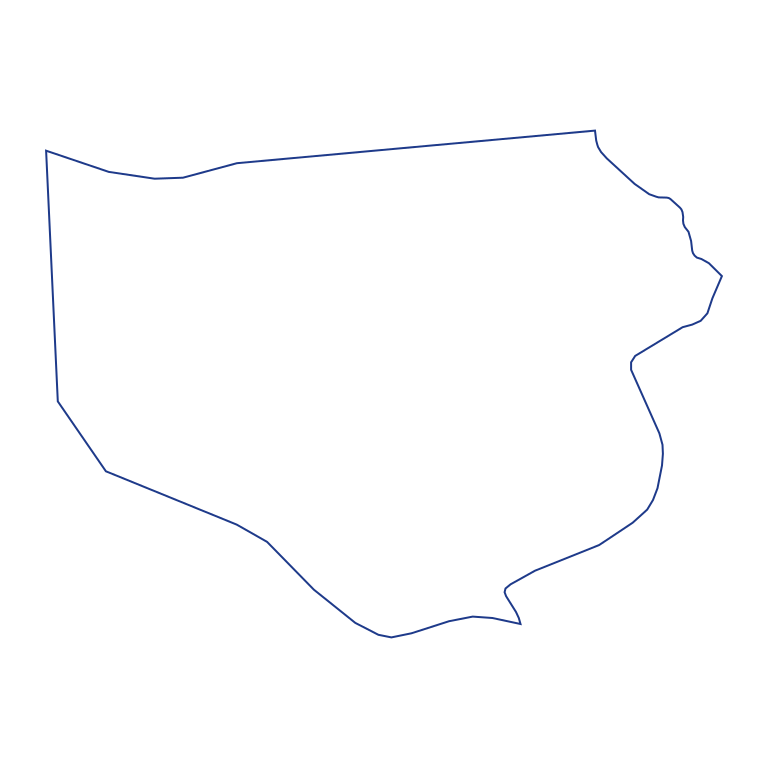 SVG path tracing the border of Enga
{"feature_id": "PNG-1238", "entity_name": "Enga", "entity_type": "Province", "adm_level": 1, "iso_a3": "PNG", "parent_name": "Papua New Guinea", "parent_adm1": "", "projection": "robinson", "projection_center": [143.878, -5.472], "detail": "fine", "context": "isolated", "style": "outline", "palette": "blue", "viewbox_px": 768, "rotation_deg": 0, "n_neighbors": 0, "source": "natural_earth", "source_scale": "10m", "svg_char_len": 989}
<svg xmlns="http://www.w3.org/2000/svg" viewBox="0 0 768 768"><path d="M595.0,130.6L596.2,140.5L597.3,144.7L598.1,147.1L601.1,152.1L606.8,158.4L634.6,183.9L649.2,194.2L656.2,196.7L658.7,197.4L666.7,197.6L668.7,198.0L670.4,199.0L680.0,207.7L681.4,209.4L682.5,212.1L683.2,217.0L683.0,220.4L683.4,223.8L684.8,227.1L688.5,231.8L691.1,241.0L692.2,250.6L693.0,253.2L694.6,255.6L696.9,257.6L701.4,259.0L708.9,263.2L721.9,276.1L712.4,298.3L707.4,313.3L700.7,320.8L692.2,324.6L682.6,327.2L635.2,355.9L631.1,362.3L631.1,369.8L659.4,433.4L662.5,444.8L662.9,453.8L662.0,465.5L657.5,488.2L653.0,500.0L647.2,509.6L632.7,522.7L599.2,545.0L535.0,570.7L510.6,584.3L505.5,588.5L504.6,592.2L506.1,596.2L516.0,612.0L518.8,618.0L520.5,624.0L492.4,618.0L472.7,616.6L449.1,621.2L411.4,633.3L391.4,637.4L378.4,634.8L355.3,622.9L313.9,589.7L267.1,541.9L236.7,524.6L105.9,471.3L57.8,401.4L46.1,150.7L108.8,171.9L154.6,178.7L183.0,177.7L236.9,163.2L595.0,130.6Z" fill="none" stroke="#1e3a8a" stroke-width="2"/></svg>